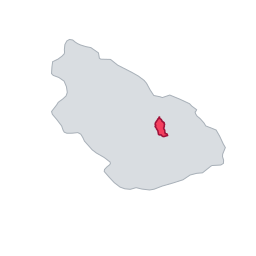 location of Daga, Wangdi Phodrang, Bhutan, rotated 213°
{"feature_id": "84629894B46024490365368", "entity_name": "Daga", "entity_type": "district", "adm_level": 2, "iso_a3": "BTN", "parent_name": "Bhutan", "parent_adm1": "Wangdi Phodrang", "projection": "mercator", "projection_center": [89.96, 27.228], "detail": "fine", "context": "in_parent", "style": "filled", "palette": "rose", "viewbox_px": 256, "rotation_deg": 213, "n_neighbors": 0, "source": "geoboundaries", "source_scale": "gbopen_adm2", "svg_char_len": 4127}
<svg xmlns="http://www.w3.org/2000/svg" viewBox="0 0 256 256"><g transform="rotate(213 128 128)"><path d="M200.5,111.2L200.1,112.7L198.5,116.8L197.4,121.2L198.3,124.8L202.1,129.1L207.1,132.5L213.5,132.7L219.4,131.4L221.8,132.0L225.0,137.7L227.3,142.6L224.2,147.7L222.5,152.2L221.9,155.4L222.3,156.7L224.2,159.3L226.4,163.7L226.7,167.7L225.3,170.4L222.3,171.7L219.0,171.3L216.3,171.3L213.0,171.8L207.7,173.3L202.9,175.2L193.7,174.9L190.0,170.9L188.3,170.9L180.0,176.0L170.9,175.1L154.4,176.8L147.5,177.2L140.4,176.7L136.8,175.6L130.2,172.0L124.1,169.3L118.0,171.7L115.8,172.2L110.9,178.4L100.2,180.4L89.6,181.9L86.4,181.1L80.4,180.7L80.2,179.3L80.4,177.9L79.0,176.7L76.6,175.6L72.4,175.1L67.0,173.6L63.9,172.1L53.0,174.3L46.6,171.0L39.4,166.5L35.7,164.6L34.4,157.7L33.1,155.4L30.3,153.1L28.7,150.3L30.0,147.5L37.2,142.2L37.8,140.9L41.1,131.0L45.7,127.4L50.3,122.4L53.7,114.5L60.4,106.3L67.7,97.9L72.7,91.0L76.1,87.8L83.0,84.4L88.7,82.4L92.7,77.8L97.5,75.3L102.5,74.1L109.8,74.7L116.7,76.4L124.3,78.6L125.1,80.5L124.5,83.8L123.4,87.1L123.4,88.7L124.5,89.7L131.9,90.3L141.0,89.8L146.1,90.2L157.4,93.3L160.7,95.4L164.2,97.1L167.6,96.8L171.9,93.3L176.4,90.3L179.2,89.8L181.2,90.8L184.8,93.6L192.3,96.3L198.9,98.3L201.1,100.2L200.4,108.5L200.5,111.2Z" fill="#d9dde1" stroke="#a8b0b8" stroke-width="1"/><path d="M101.5,142.0L101.4,141.8L101.3,141.7L101.2,141.6L101.0,141.4L100.9,141.3L100.7,141.1L100.3,140.9L100.2,140.5L100.0,140.3L99.9,140.2L99.6,140.0L99.5,139.9L99.4,139.7L99.2,139.5L99.1,139.4L98.9,139.3L98.8,139.2L98.7,139.2L98.4,139.3L98.2,139.3L97.9,139.4L97.7,139.4L97.6,139.5L97.3,139.6L97.2,139.8L96.9,139.9L96.8,140.1L96.7,140.1L96.5,140.3L96.4,140.3L96.2,140.3L96.0,140.2L95.9,140.2L95.7,140.1L95.5,139.9L95.4,139.9L95.2,139.9L94.8,139.9L94.7,139.9L94.4,139.9L94.2,139.9L93.9,139.9L93.7,140.0L93.4,140.3L93.3,140.5L93.2,140.6L92.9,140.8L92.7,140.8L92.6,141.0L92.4,141.3L92.3,141.5L92.2,141.5L91.9,141.9L91.6,142.4L91.5,142.5L91.4,142.5L91.3,142.8L91.2,142.9L91.1,143.0L90.9,143.1L90.7,143.2L90.7,143.3L90.8,143.4L91.1,143.6L91.4,143.8L91.6,144.0L91.8,144.2L92.1,144.1L92.3,144.1L92.7,144.1L93.0,143.9L93.5,143.7L93.8,143.6L94.0,143.9L94.1,144.0L94.3,144.3L94.5,144.4L94.8,144.4L94.9,144.5L95.0,144.6L95.1,144.8L95.3,145.3L95.4,145.5L95.6,145.6L95.7,145.8L95.8,145.9L96.0,146.0L96.2,146.3L96.4,146.3L96.5,146.3L96.7,146.5L96.8,146.5L97.0,146.6L97.3,146.6L97.5,146.7L97.7,146.8L97.7,147.0L97.8,147.1L97.8,147.3L97.9,147.5L98.0,147.7L98.0,147.8L98.1,148.0L98.4,148.1L98.3,148.4L98.3,148.5L98.4,148.9L98.4,149.1L98.5,149.2L98.7,149.4L98.8,149.5L99.0,149.9L99.0,150.0L99.1,150.4L99.1,150.5L99.3,150.6L99.3,150.8L99.4,151.1L99.5,151.1L99.8,151.3L100.0,151.4L100.3,151.5L100.4,151.8L100.4,152.0L100.5,152.1L100.8,152.1L101.0,152.2L101.3,152.0L101.5,152.0L101.8,152.1L102.0,152.3L102.3,152.2L102.4,152.3L102.5,152.3L102.8,152.2L103.1,152.2L103.3,152.2L103.4,152.3L103.5,152.4L103.5,152.5L103.7,152.8L103.8,152.8L104.0,152.8L104.3,152.9L104.3,153.0L104.5,153.1L104.7,153.3L104.8,153.3L105.0,153.3L105.5,153.2L105.7,153.3L105.9,153.3L106.0,153.3L106.3,153.3L106.5,153.3L106.7,153.5L106.8,153.6L107.0,153.7L107.1,153.8L107.2,154.0L107.4,154.1L107.5,154.1L107.6,154.3L107.8,154.2L107.8,153.9L107.7,153.7L107.5,153.4L107.4,153.3L107.4,153.2L107.6,153.1L107.5,152.8L107.5,152.6L107.6,152.4L107.7,152.2L107.8,152.1L107.9,151.9L107.8,151.7L107.7,151.6L107.7,151.4L107.8,151.2L107.7,150.9L107.7,150.7L107.7,150.4L107.7,150.2L107.7,149.8L107.7,149.7L107.8,149.7L107.8,149.4L107.8,149.2L107.9,148.9L107.8,148.7L107.7,148.5L107.7,148.4L107.8,148.3L107.8,148.2L107.7,148.2L107.7,147.9L107.8,147.7L107.8,147.3L107.8,147.0L107.7,146.8L107.7,146.7L107.4,146.4L107.3,146.1L107.2,145.9L107.0,146.0L106.9,146.0L106.8,145.9L106.8,145.7L106.7,145.5L106.7,145.4L106.5,145.2L106.4,145.2L106.1,145.1L106.1,144.9L106.1,144.7L105.8,144.6L105.8,144.4L105.9,144.1L106.0,144.0L105.9,143.9L105.5,143.8L105.2,143.6L104.9,143.5L104.2,143.3L103.9,143.2L103.7,143.1L103.6,142.8L103.3,142.7L103.2,142.6L102.8,142.5L102.7,142.4L102.4,142.3L102.2,142.3L102.1,142.2L101.9,142.1L101.7,142.0L101.5,142.0Z" fill="#f43f5e" stroke="#9f1239" stroke-width="1.5"/></g></svg>